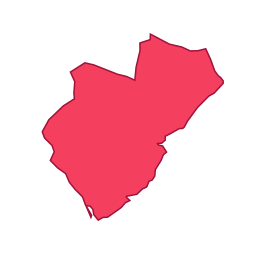 the district of Jungsan, P'yŏngan-namdo, North Korea, rotated 193°
{"feature_id": "82179303B67987786077582", "entity_name": "Jungsan", "entity_type": "district", "adm_level": 2, "iso_a3": "PRK", "parent_name": "North Korea", "parent_adm1": "P'yŏngan-namdo", "projection": "natural_earth1", "projection_center": [125.351, 39.096], "detail": "fine", "context": "isolated", "style": "filled", "palette": "rose", "viewbox_px": 256, "rotation_deg": 193, "n_neighbors": 0, "source": "geoboundaries", "source_scale": "gbopen_adm2", "svg_char_len": 1088}
<svg xmlns="http://www.w3.org/2000/svg" viewBox="0 0 256 256"><g transform="rotate(193 128 128)"><path d="M144.0,32.6L143.8,34.7L151.6,43.0L147.4,43.3L144.1,41.1L141.8,35.9L136.3,31.5L132.3,35.2L127.7,36.6L116.6,49.1L113.9,54.4L109.9,57.8L114.1,60.2L114.1,61.1L104.5,65.4L100.3,71.8L96.5,74.8L95.5,80.8L92.7,82.8L91.1,87.2L92.0,93.6L88.5,103.7L87.5,109.9L85.0,113.2L89.7,117.8L90.1,118.3L94.4,118.2L95.7,119.5L91.7,120.8L89.0,124.6L89.9,128.3L85.8,131.7L81.6,135.6L77.9,138.9L74.6,139.9L73.4,141.5L71.5,148.3L64.9,163.6L56.5,177.2L51.9,181.4L45.3,192.9L45.9,195.4L49.5,198.3L51.7,199.1L56.3,203.1L62.9,213.3L70.1,222.7L77.3,219.0L84.6,217.1L93.7,219.0L106.4,219.0L127.3,224.5L126.3,219.1L135.5,213.5L133.7,206.0L133.8,189.2L132.1,176.1L141.2,177.9L150.3,178.0L162.9,179.9L175.6,181.8L184.7,181.8L193.8,172.5L196.7,169.6L190.3,161.2L188.6,150.0L186.8,144.4L196.0,135.0L207.0,118.2L210.7,105.1L207.1,99.5L198.1,93.9L194.5,88.2L196.1,80.3L196.4,78.9L187.4,73.2L178.4,69.5L173.0,62.0L165.8,56.3L156.8,50.7L153.2,45.1L144.0,32.6Z" fill="#f43f5e" stroke="#9f1239" stroke-width="1.5"/></g></svg>